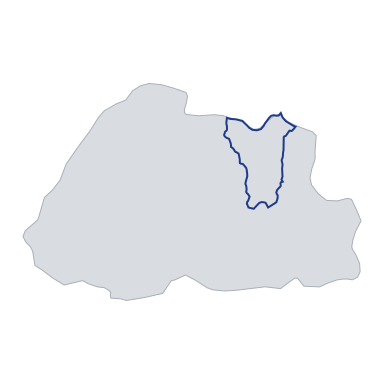 Lhuntshi highlighted on a map of Bhutan
{"feature_id": "BTN-2483", "entity_name": "Lhuntshi", "entity_type": "District", "adm_level": 1, "iso_a3": "BTN", "parent_name": "Bhutan", "parent_adm1": "", "projection": "equal_earth", "projection_center": [91.057, 27.736], "detail": "fine", "context": "in_parent", "style": "outline", "palette": "blue", "viewbox_px": 384, "rotation_deg": 0, "n_neighbors": 0, "source": "natural_earth", "source_scale": "10m", "svg_char_len": 2981}
<svg xmlns="http://www.w3.org/2000/svg" viewBox="0 0 384 384"><path d="M315.2,157.6L314.6,160.7L311.8,168.8L310.0,177.6L311.5,184.9L318.0,193.5L326.5,200.4L337.5,200.9L347.5,198.3L351.5,199.4L357.0,210.9L361.0,220.9L355.7,231.2L352.8,240.2L351.8,246.7L352.5,249.4L355.8,254.6L359.6,263.5L360.1,271.7L357.7,277.1L352.5,279.8L347.0,279.0L342.4,279.1L336.7,280.0L327.8,283.1L319.5,286.9L303.9,286.2L297.6,278.2L294.7,278.1L280.5,288.6L265.1,286.8L236.9,290.2L225.2,291.0L213.1,289.9L207.0,287.7L195.6,280.3L185.4,275.0L174.9,279.9L171.2,280.8L162.7,293.4L144.5,297.5L126.4,300.5L121.0,298.9L110.8,298.1L110.4,295.2L110.7,292.3L108.4,290.1L104.3,287.7L97.2,286.8L88.0,283.6L82.8,280.6L64.1,285.0L53.3,278.4L41.1,269.3L34.9,265.4L32.7,251.3L30.5,246.8L25.7,242.0L23.0,236.4L25.3,230.7L37.6,220.0L38.6,217.5L44.4,197.5L52.3,190.2L60.1,180.2L66.1,164.2L77.5,147.7L90.0,130.9L98.6,117.2L104.3,110.8L116.0,104.0L125.8,100.0L132.5,90.8L140.7,85.7L149.1,83.5L161.5,84.7L173.2,88.0L186.0,92.5L187.5,96.2L186.4,102.7L184.5,109.3L184.4,112.6L186.4,114.5L198.9,115.8L214.3,114.7L222.9,115.6L242.2,121.7L247.8,126.0L253.6,129.3L259.4,128.7L266.6,121.7L274.3,115.7L279.0,114.7L282.4,116.7L288.6,122.4L301.2,127.7L312.5,131.8L316.2,135.6L315.0,152.1L315.2,157.6Z" fill="#d9dde1" stroke="#a8b0b8" stroke-width="1"/><path d="M226.9,117.9L230.3,118.9L236.5,119.4L242.4,120.9L247.6,126.0L249.1,127.7L252.4,129.8L256.8,130.3L260.9,129.1L263.6,126.0L265.0,123.4L269.3,117.6L271.2,115.8L273.8,115.2L276.3,115.7L278.7,115.5L280.8,113.0L282.7,117.7L285.9,121.2L293.7,126.0L295.5,126.7L293.7,129.0L292.2,130.6L291.7,130.9L291.2,131.0L290.2,130.7L289.8,130.6L289.2,131.0L286.0,135.6L285.5,136.0L285.0,136.2L284.5,136.3L284.1,136.5L283.8,137.1L283.7,137.9L283.7,139.5L283.5,150.6L283.0,152.9L283.0,154.4L282.8,156.7L282.4,158.2L281.9,159.2L281.7,160.2L281.8,161.1L282.5,164.2L282.5,165.2L282.1,168.5L282.5,176.7L281.5,179.5L282.8,181.7L281.8,182.0L281.3,182.1L280.8,182.4L280.5,183.1L280.7,185.3L280.5,186.4L278.1,188.8L277.1,190.1L276.3,192.3L276.8,194.0L277.6,195.2L277.7,195.8L277.6,198.2L276.3,202.3L268.1,207.5L265.8,203.1L265.1,202.6L263.2,202.2L261.4,202.1L259.3,202.9L253.7,208.8L248.5,207.5L246.9,203.7L247.0,203.1L247.1,202.2L247.6,201.5L248.1,200.8L249.6,196.7L248.1,194.2L246.9,193.2L246.4,192.4L246.2,191.6L246.3,191.0L246.5,190.3L246.6,189.5L246.3,186.3L245.4,183.9L245.5,183.4L245.6,182.5L246.5,179.0L247.3,176.2L247.1,173.0L246.7,170.0L246.4,168.6L246.0,167.6L243.2,164.4L242.8,164.0L242.3,163.9L240.7,163.6L240.0,163.2L239.8,162.8L239.8,159.6L238.8,154.4L238.5,153.5L237.9,153.2L236.9,152.5L236.4,152.2L235.7,152.1L235.3,151.7L234.7,151.0L234.0,149.6L232.5,147.9L231.1,147.1L230.8,143.6L229.3,139.4L228.7,138.6L228.2,138.4L227.1,138.1L226.5,137.8L225.8,137.3L224.6,136.1L224.2,135.4L224.1,134.8L224.6,133.6L224.8,132.7L225.0,132.0L225.5,131.4L226.5,130.7L226.8,130.1L227.0,129.1L226.9,125.9L226.5,124.6L226.4,123.5L226.4,122.1L226.9,117.9Z" fill="none" stroke="#1e3a8a" stroke-width="2"/></svg>